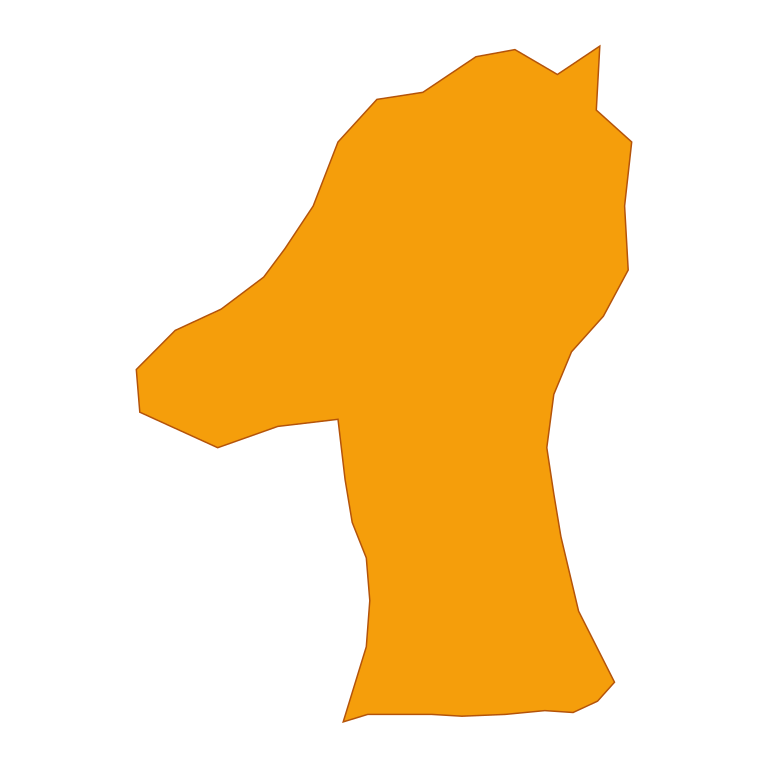 Vouno, Cyprus (Mercator projection)
{"feature_id": "46923920B84175879227777", "entity_name": "Vouno", "entity_type": "district", "adm_level": 2, "iso_a3": "CYP", "parent_name": "Cyprus", "parent_adm1": "", "projection": "mercator", "projection_center": [33.395, 35.261], "detail": "fine", "context": "isolated", "style": "filled", "palette": "amber", "viewbox_px": 768, "rotation_deg": 0, "n_neighbors": 0, "source": "geoboundaries", "source_scale": "gbopen_adm2", "svg_char_len": 654}
<svg xmlns="http://www.w3.org/2000/svg" viewBox="0 0 768 768"><path d="M544.8,710.6L573.1,712.5L597.6,701.1L614.5,682.2L578.6,611.2L560.9,536.6L553.8,493.9L546.8,447.7L553.8,394.4L571.5,351.8L603.4,316.2L628.2,270.0L624.6,206.0L631.7,142.0L596.3,110.1L599.8,46.1L557.4,74.5L514.9,49.6L476.0,56.7L422.9,92.3L376.9,99.4L338.0,142.0L313.2,206.0L284.9,248.7L263.7,277.1L221.2,309.1L175.2,330.4L136.3,369.5L139.8,412.2L217.7,447.7L277.8,426.4L338.0,419.3L345.1,479.7L352.2,522.4L366.3,557.9L369.8,600.6L366.3,646.8L343.2,721.9L367.7,714.4L392.2,714.4L431.8,714.4L461.9,716.2L505.3,714.4L544.8,710.6Z" fill="#f59e0b" stroke="#b45309" stroke-width="1.5"/></svg>